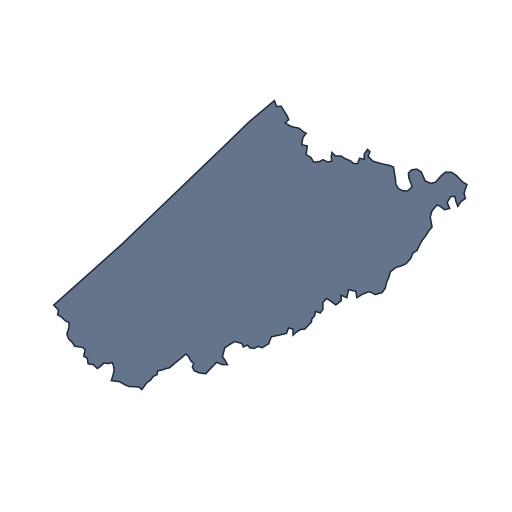 the district of Mariluz, Paraná, Brazil, rotated 220°
{"feature_id": "56859067B28050062371574", "entity_name": "Mariluz", "entity_type": "district", "adm_level": 2, "iso_a3": "BRA", "parent_name": "Brazil", "parent_adm1": "Paraná", "projection": "natural_earth1", "projection_center": [-53.245, -24.055], "detail": "fine", "context": "isolated", "style": "filled", "palette": "slate", "viewbox_px": 512, "rotation_deg": 220, "n_neighbors": 0, "source": "geoboundaries", "source_scale": "gbopen_adm2", "svg_char_len": 2512}
<svg xmlns="http://www.w3.org/2000/svg" viewBox="0 0 512 512"><g transform="rotate(220 256 256)"><path d="M140.3,446.3L145.5,445.5L154.0,446.5L159.9,445.9L164.8,442.0L165.8,436.3L165.9,428.0L168.5,424.2L174.7,422.3L183.6,426.7L188.7,425.9L192.3,421.9L192.5,417.4L188.9,413.9L180.8,409.4L181.8,403.1L185.7,400.2L190.1,399.2L195.1,400.9L198.0,404.0L207.8,412.5L212.2,411.1L219.1,407.4L227.4,403.8L230.8,404.0L234.3,404.6L235.8,409.2L239.2,409.4L238.5,403.5L235.2,399.6L239.5,397.5L237.6,392.1L240.4,389.7L245.1,389.6L250.5,387.8L255.0,387.3L259.5,383.7L264.4,384.1L262.5,380.8L259.0,377.3L261.4,374.1L266.6,372.8L268.3,368.8L272.1,365.0L277.1,366.7L283.1,365.9L284.8,369.3L287.5,373.3L292.5,370.6L296.3,377.1L296.4,382.3L300.4,381.5L305.5,381.5L309.2,379.3L313.3,377.6L319.1,376.7L318.6,381.5L321.9,383.2L326.6,384.8L333.1,386.9L336.2,383.7L341.8,386.9L347.5,354.6L351.1,319.4L358.8,248.2L365.1,190.3L366.2,179.7L379.4,88.4L372.5,87.6L370.3,83.4L366.1,84.2L360.4,83.8L356.6,84.8L353.5,81.3L350.7,74.6L346.4,72.1L341.1,71.7L336.9,70.3L330.1,74.6L326.5,74.3L323.7,68.6L319.5,69.2L315.3,65.5L310.9,68.2L305.2,67.8L304.0,72.5L303.7,76.4L300.0,78.6L297.6,82.0L294.2,80.0L291.2,77.2L288.9,72.7L286.7,67.5L280.0,71.9L273.7,73.1L269.3,74.4L264.6,78.2L261.1,80.4L257.6,80.3L258.2,89.0L257.0,93.2L257.3,97.6L255.5,101.7L257.5,104.8L254.9,108.0L252.6,111.9L250.4,114.7L248.9,123.6L247.5,130.7L246.8,135.7L243.2,135.7L238.1,133.6L234.7,133.8L233.5,130.1L229.6,128.4L224.8,129.8L218.8,133.4L218.5,140.3L217.8,149.3L212.4,150.9L208.0,154.4L213.6,156.5L217.0,157.3L220.9,165.6L219.1,171.7L217.4,176.8L210.6,179.9L207.3,178.2L205.2,182.4L201.7,181.6L197.9,184.1L196.3,188.1L192.3,189.7L189.9,196.8L192.3,203.9L187.6,210.1L182.9,216.3L184.8,221.8L180.7,223.7L176.8,219.2L176.3,223.1L174.7,228.3L171.6,231.4L171.4,236.8L171.0,240.8L172.8,243.9L172.6,247.8L174.8,251.8L170.2,253.7L170.4,258.2L174.9,263.4L174.6,268.7L171.1,269.4L163.4,269.8L162.0,276.8L165.7,280.6L159.6,282.4L161.5,286.0L163.4,289.7L156.8,293.1L151.9,288.9L150.0,294.9L146.7,301.0L143.8,302.4L140.1,302.9L135.9,308.9L136.3,314.5L139.0,319.8L140.6,325.2L142.9,330.4L141.4,337.3L138.5,341.6L136.1,346.4L135.9,353.6L137.7,359.2L136.2,363.6L137.2,367.3L138.7,374.2L139.0,381.0L139.8,386.7L139.8,391.5L143.2,394.2L147.6,397.9L150.2,403.8L150.2,411.3L147.0,412.5L141.3,412.6L138.2,416.9L143.9,419.8L145.1,426.7L141.9,429.4L137.9,426.3L133.3,423.8L133.9,429.4L132.6,434.7L136.8,437.7L138.7,441.9L140.3,446.3Z" fill="#64748b" stroke="#1e293b" stroke-width="1.5"/></g></svg>